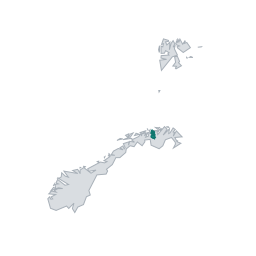 location of Kvænangen nor, Troms, Norway, rotated 18°
{"feature_id": "86288312B24070411232655", "entity_name": "Kvænangen nor", "entity_type": "district", "adm_level": 2, "iso_a3": "NOR", "parent_name": "Norway", "parent_adm1": "Troms", "projection": "albers", "projection_center": [21.813, 69.853], "detail": "fine", "context": "in_parent", "style": "filled", "palette": "teal", "viewbox_px": 256, "rotation_deg": 18, "n_neighbors": 0, "source": "geoboundaries", "source_scale": "gbopen_adm2", "svg_char_len": 6089}
<svg xmlns="http://www.w3.org/2000/svg" viewBox="0 0 256 256"><g transform="rotate(18 128 128)"><path d="M152.6,132.0L147.6,134.3L148.3,135.9L146.9,140.5L141.2,138.4L139.5,143.9L135.5,144.2L132.8,148.4L133.4,152.0L129.4,158.7L125.6,159.9L124.4,167.6L120.3,173.9L121.9,175.2L121.4,178.6L112.9,182.2L110.1,199.5L112.8,203.4L109.7,206.2L109.3,214.6L104.7,218.7L103.5,224.8L100.0,221.8L99.8,216.2L96.5,222.8L93.7,221.2L85.1,228.6L79.1,228.3L73.6,220.1L74.7,217.7L76.7,219.6L78.3,218.7L76.2,217.3L79.7,213.7L73.0,215.1L74.8,211.6L79.5,211.2L77.3,210.2L80.1,207.3L84.6,205.8L80.4,206.3L74.1,211.4L75.5,207.5L77.8,207.8L76.1,204.2L79.0,202.7L76.5,202.5L77.0,198.7L85.8,201.9L88.9,200.1L77.8,197.5L79.6,195.1L78.8,191.1L83.3,193.2L86.5,193.2L80.4,188.8L94.3,186.8L88.5,185.5L92.9,182.9L96.7,186.2L95.4,182.9L98.1,179.3L106.8,182.4L110.6,177.9L104.0,181.4L102.3,179.2L112.3,168.9L116.5,168.4L118.4,166.5L115.2,166.5L119.7,160.8L118.9,159.3L123.9,158.1L120.4,158.3L121.3,154.5L125.1,150.5L130.0,150.3L126.5,149.2L128.7,146.6L130.8,149.0L131.3,147.4L128.4,144.3L133.1,140.9L133.8,144.2L133.8,140.1L138.6,139.5L135.1,138.2L140.9,132.7L141.6,129.8L143.5,131.4L142.8,129.7L146.4,126.9L146.1,130.4L148.5,125.6L147.6,131.3L149.8,129.6L149.4,125.9L153.8,126.7L151.8,122.9L156.1,121.6L158.3,125.2L162.3,115.4L165.6,117.1L163.6,123.9L167.7,116.0L168.4,120.7L169.5,119.6L170.9,114.0L173.5,114.9L172.2,117.8L173.4,117.8L173.6,121.8L174.9,115.8L182.2,119.7L175.5,122.5L178.9,125.9L183.0,126.2L177.4,133.0L178.1,128.6L177.2,126.8L172.3,123.6L167.2,127.6L166.6,134.2L164.0,138.1L155.3,137.2L152.6,132.0ZM143.9,31.0L146.5,33.4L145.9,37.2L147.3,35.3L147.7,38.4L152.5,43.4L148.2,46.6L142.0,62.9L137.2,53.7L143.5,50.8L137.7,51.3L137.2,48.9L144.4,46.0L143.0,45.1L143.8,43.7L139.9,42.8L139.5,45.6L136.4,46.8L134.1,39.8L136.0,40.1L135.7,36.9L134.1,38.1L134.2,32.3L139.4,32.2L139.7,33.1L137.1,34.5L139.3,37.0L141.3,33.3L143.2,40.8L142.9,34.0L143.9,31.0ZM149.9,27.4L154.1,31.4L155.2,27.5L155.7,27.9L155.5,30.1L157.5,28.5L162.5,32.3L157.2,39.1L150.3,36.5L149.6,35.5L151.5,34.1L148.0,33.9L147.2,32.3L148.3,31.4L146.8,30.3L149.2,30.7L149.0,28.7L149.9,29.7L149.9,27.4ZM152.9,44.7L156.5,48.8L155.9,50.3L159.6,52.3L155.4,56.9L154.6,56.5L155.1,54.3L151.5,55.2L153.0,50.9L150.3,45.8L152.9,44.7ZM132.5,137.7L135.3,136.5L126.9,140.6L131.4,137.0L132.0,133.1L134.4,131.1L132.5,137.7ZM137.3,130.5L140.9,130.5L136.5,133.2L137.3,130.5ZM141.0,128.5L146.2,124.8L143.4,128.9L141.0,128.5ZM132.5,40.0L134.1,44.6L134.4,46.5L132.9,44.1L132.5,40.0ZM130.5,133.3L130.7,137.0L127.9,135.7L130.5,133.3ZM158.3,117.4L156.5,120.0L153.9,119.0L156.9,118.4L158.3,117.4ZM158.7,119.3L157.9,122.3L156.8,121.5L158.7,119.3ZM123.6,140.4L126.5,140.0L123.1,141.9L123.6,140.4ZM172.7,28.2L169.4,29.6L172.8,28.0L172.7,28.2ZM165.6,40.6L167.9,40.9L164.6,41.8L165.6,40.6ZM164.0,115.1L165.9,114.3L166.6,114.9L164.0,115.1ZM160.0,118.4L159.6,120.1L159.1,118.7L160.0,118.4ZM149.6,122.9L149.5,124.6L148.8,124.0L149.6,122.9ZM146.7,82.5L146.4,84.1L145.7,82.8L146.7,82.5ZM163.1,43.3L162.0,43.2L161.9,42.6L163.1,43.3ZM110.4,168.6L110.8,170.0L109.1,169.4L110.4,168.6ZM146.3,122.5L147.2,123.2L147.8,124.1L146.3,122.5ZM147.5,28.4L147.9,29.5L147.3,29.0L147.5,28.4ZM99.1,178.5L97.1,178.2L99.4,177.9L99.1,178.5ZM95.7,180.0L94.7,180.9L94.5,180.3L95.7,180.0ZM122.6,142.2L121.4,143.3L122.8,141.3L122.6,142.2ZM75.5,204.6L74.8,206.2L75.3,204.0L75.5,204.6ZM118.1,159.4L117.8,158.3L118.4,158.5L118.1,159.4ZM179.2,124.3L179.1,125.7L179.0,125.4L179.2,124.3ZM118.5,160.5L117.4,160.6L118.8,160.3L118.5,160.5ZM114.9,162.4L114.8,163.5L114.4,163.0L114.9,162.4ZM77.0,197.1L76.2,198.0L76.5,197.2L77.0,197.1Z" fill="#d9dde1" stroke="#a8b0b8" stroke-width="1"/><path d="M151.3,123.1L151.3,123.3L151.4,123.2L151.4,123.3L151.5,123.4L151.5,123.5L151.9,123.7L152.1,123.6L152.0,123.8L152.1,124.0L152.2,124.3L152.4,124.3L152.5,124.3L152.5,124.2L152.6,124.3L152.9,124.6L153.0,124.6L153.3,124.5L153.3,124.4L153.4,124.5L153.6,124.4L153.8,124.4L153.9,124.2L154.0,124.2L154.1,123.9L154.1,124.0L154.0,124.3L153.9,124.4L153.9,124.5L153.7,124.5L153.4,124.6L153.2,124.8L153.4,125.0L153.5,125.1L153.8,125.0L153.8,124.9L154.0,124.9L154.1,125.0L153.9,125.0L154.0,125.2L154.0,125.3L154.0,125.5L154.0,125.8L153.8,125.7L153.9,125.3L153.9,125.2L153.5,125.3L153.5,125.5L153.5,125.8L153.5,126.0L153.6,126.3L153.9,126.4L154.0,126.5L153.8,126.6L153.7,126.7L153.7,126.8L153.8,126.9L154.2,127.2L154.2,127.3L154.4,127.5L154.2,127.6L154.1,127.8L154.1,127.7L153.8,127.6L154.1,127.6L154.0,127.4L153.9,127.4L154.0,127.3L153.9,127.3L153.7,127.2L153.5,126.8L153.5,126.7L153.4,126.6L153.1,126.3L152.9,126.2L152.7,126.0L152.5,125.8L152.5,125.7L152.4,125.5L152.3,125.4L152.2,125.2L151.9,125.0L151.9,124.9L151.8,125.0L151.8,124.9L151.7,125.0L151.4,125.1L151.4,125.3L151.5,125.3L152.1,125.5L152.2,125.8L152.3,125.8L152.2,125.9L152.3,126.0L152.6,126.2L152.6,126.3L152.6,126.5L152.9,126.8L153.0,126.9L153.1,127.0L153.0,127.5L152.9,127.9L152.8,128.0L152.6,128.4L152.7,128.7L152.7,129.1L153.1,129.5L153.3,129.4L153.6,129.6L154.1,129.4L154.3,129.3L154.6,129.4L154.7,129.8L154.8,130.0L155.2,130.0L155.6,129.7L156.0,129.7L156.3,129.8L156.2,129.4L156.4,129.4L156.4,129.1L156.5,128.8L156.7,128.7L156.8,128.4L156.6,128.3L156.4,128.5L155.8,128.0L155.7,127.8L155.7,127.5L155.7,127.3L155.4,127.1L155.5,126.8L155.6,126.6L155.5,126.4L155.4,126.3L155.6,126.1L155.5,125.9L155.3,125.8L155.2,125.9L154.8,125.7L154.7,125.5L154.7,125.4L154.6,125.2L154.5,124.9L154.6,124.6L154.4,124.5L154.3,124.0L154.2,124.0L154.3,123.9L154.3,123.5L154.2,123.5L153.9,123.6L153.6,123.7L153.6,123.8L153.5,124.1L153.4,124.2L153.2,124.0L153.0,123.9L152.9,123.8L152.9,123.7L152.7,123.6L152.7,123.4L152.4,123.3L152.2,123.3L151.9,123.3L151.8,123.2L151.7,123.2L151.3,123.1ZM153.0,125.0L152.9,124.9L152.7,124.7L152.6,124.8L152.5,125.0L152.4,125.0L152.6,125.0L152.8,125.1L153.0,125.2L153.0,125.0ZM153.0,125.7L152.9,125.7L152.8,125.8L152.7,125.8L152.9,125.9L153.0,125.9L153.0,125.7L153.0,125.7ZM151.9,124.2L151.7,124.0L151.8,124.2L151.9,124.2ZM153.3,125.9L153.2,125.8L153.2,126.0L153.3,126.0L153.4,126.3L153.4,126.2L153.3,125.9Z" fill="#14b8a6" stroke="#0f766e" stroke-width="1.5"/></g></svg>